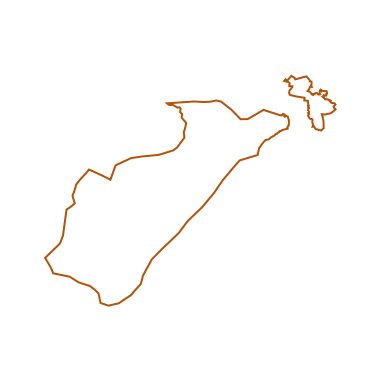 Ilorin East, Kwara, Nigeria (Mercator projection), rotated 171°
{"feature_id": "59680162B49050440888294", "entity_name": "Ilorin East", "entity_type": "district", "adm_level": 2, "iso_a3": "NGA", "parent_name": "Nigeria", "parent_adm1": "Kwara", "projection": "mercator", "projection_center": [4.629, 8.608], "detail": "fine", "context": "isolated", "style": "outline", "palette": "amber", "viewbox_px": 384, "rotation_deg": 171, "n_neighbors": 0, "source": "geoboundaries", "source_scale": "gbopen_adm2", "svg_char_len": 4231}
<svg xmlns="http://www.w3.org/2000/svg" viewBox="0 0 384 384"><g transform="rotate(171 192 192)"><path d="M202.8,283.5L201.2,281.7L198.4,281.0L197.6,281.4L195.0,279.1L193.1,277.6L191.0,277.6L190.2,276.0L191.2,272.7L189.5,270.3L190.6,267.1L186.9,261.0L188.4,257.1L190.7,252.4L191.1,246.7L199.9,238.2L204.2,236.0L219.1,233.9L235.7,234.9L247.0,235.0L263.3,230.3L270.7,216.9L278.1,222.3L290.2,230.3L292.6,228.2L293.3,227.5L293.5,227.1L294.1,226.7L294.7,226.4L296.8,224.8L298.2,223.6L300.1,222.2L303.7,218.9L304.9,217.8L305.2,217.5L305.5,217.1L305.7,216.7L305.8,216.0L308.7,210.2L310.6,207.1L309.6,199.1L313.4,196.7L318.7,194.2L326.2,169.3L330.4,161.8L347.4,149.9L344.9,143.6L344.3,142.1L342.7,137.6L341.9,133.4L326.1,127.5L318.0,120.4L307.5,115.1L302.8,110.1L300.2,106.4L299.7,96.7L292.2,92.8L285.4,93.3L281.8,93.5L274.1,97.1L267.9,100.0L263.6,103.9L256.9,109.2L253.6,116.9L248.8,123.2L245.8,127.1L242.6,131.4L231.2,140.0L211.6,153.5L202.1,162.7L200.7,164.1L189.7,171.7L184.0,175.7L170.2,187.8L164.4,194.0L159.7,198.9L148.7,208.5L141.5,214.5L140.1,215.7L121.4,218.3L118.7,225.1L113.2,230.4L111.1,231.9L107.8,232.0L105.6,233.5L103.7,234.3L101.7,234.9L100.9,235.7L99.8,236.2L98.7,236.3L98.3,237.0L97.5,237.2L96.7,237.6L96.3,238.2L95.4,238.4L94.6,238.3L94.0,238.6L93.0,239.1L91.2,239.3L89.7,239.4L87.6,239.6L87.7,241.1L86.8,241.7L86.5,242.6L86.0,242.7L85.5,244.8L85.1,247.6L85.4,250.0L85.6,251.5L86.6,252.0L87.6,252.7L88.5,251.9L89.0,252.3L88.6,254.1L89.8,254.9L91.4,253.6L93.1,254.1L108.5,261.9L125.5,255.3L132.6,256.3L140.2,267.1L149.2,276.8L153.8,278.6L158.8,278.3L165.7,278.9L176.0,281.1L202.8,283.5ZM48.5,272.7L49.1,273.0L49.3,272.8L49.7,272.3L49.9,271.9L50.1,271.5L50.4,270.4L50.5,269.8L50.6,269.5L50.6,269.2L50.3,268.5L50.6,268.5L50.9,268.4L51.3,268.5L51.9,268.5L52.1,268.8L52.2,269.0L52.5,269.2L52.9,269.7L53.4,270.4L53.8,270.4L54.3,270.3L55.0,270.1L55.4,269.7L55.6,269.4L55.8,269.5L56.1,269.9L56.4,269.9L56.9,269.9L57.3,269.9L57.4,269.0L58.1,269.4L58.5,269.8L59.1,271.1L59.4,271.5L59.8,272.1L60.4,272.8L62.0,273.7L60.8,274.7L60.3,275.3L59.7,276.0L59.4,276.6L59.2,277.4L57.2,277.1L57.7,278.9L56.9,280.3L56.8,281.0L56.8,282.4L57.7,282.6L58.4,282.8L58.2,283.7L58.5,284.4L60.2,287.2L61.0,288.3L64.1,288.0L72.3,287.1L72.6,287.7L72.8,288.6L73.1,288.7L73.6,289.4L74.7,290.3L75.7,291.2L78.3,289.0L79.3,288.1L80.5,287.1L81.2,287.9L81.9,288.7L82.9,287.8L83.2,287.6L83.6,287.2L83.0,286.9L81.3,286.4L81.3,286.2L79.6,285.5L78.6,284.4L78.6,283.7L78.8,283.2L79.2,282.3L79.4,281.3L76.3,280.8L76.5,280.0L78.4,278.2L79.8,276.9L80.4,275.5L80.5,273.1L80.2,272.6L78.7,272.0L76.5,271.1L74.9,270.3L69.9,268.7L67.5,267.9L66.1,267.4L66.8,264.9L66.1,264.7L63.3,263.9L63.6,262.9L63.3,262.4L63.5,260.3L63.3,259.9L63.2,259.5L63.5,259.4L63.8,259.7L64.0,259.5L63.8,259.0L63.5,258.3L64.0,257.9L64.1,257.4L63.4,257.2L63.3,256.5L63.9,256.0L64.3,255.5L64.5,255.0L64.5,254.5L64.1,254.3L64.1,253.5L64.0,252.8L64.1,252.3L64.3,252.1L64.9,252.0L64.8,251.1L64.2,250.9L64.1,250.5L64.9,250.1L65.5,249.3L65.0,248.3L64.7,247.3L64.2,246.2L63.1,245.4L62.3,245.4L62.0,245.2L61.7,244.5L62.3,242.0L62.1,240.8L62.1,240.0L61.8,238.9L62.5,238.3L62.8,237.6L61.2,237.6L61.0,237.2L60.4,235.5L59.5,234.5L58.2,234.2L57.3,233.3L55.9,233.1L54.9,232.5L52.0,234.4L51.7,236.7L51.3,239.2L51.1,240.6L51.0,241.9L51.1,243.2L51.2,244.5L51.3,246.2L51.6,248.5L50.6,248.2L49.6,248.0L48.8,247.8L47.5,247.7L46.7,248.0L45.9,248.0L45.1,247.9L43.2,248.0L40.4,249.2L37.3,251.2L37.9,252.1L38.3,252.4L38.4,252.7L38.5,253.5L38.8,254.2L36.6,255.7L37.0,256.6L37.1,257.0L37.6,257.4L38.2,257.6L39.0,257.8L39.9,258.1L40.3,258.2L40.6,258.4L41.0,259.2L41.8,260.2L41.7,260.4L41.0,260.7L41.2,260.9L42.2,261.4L42.9,261.9L43.7,262.3L43.9,262.4L44.2,262.3L45.2,262.6L45.7,262.7L46.1,262.8L46.2,263.3L46.6,263.8L46.9,264.3L47.2,264.5L47.7,265.1L47.9,265.4L48.1,265.7L48.2,265.8L47.8,266.0L47.2,266.4L46.9,266.8L46.7,266.9L46.4,266.2L45.9,266.3L45.3,266.3L44.8,266.3L44.5,266.3L44.5,266.6L44.5,266.9L44.5,267.2L44.5,267.4L43.7,267.3L43.5,267.6L43.3,268.1L43.3,268.3L43.3,268.6L43.1,268.6L43.1,268.8L43.3,268.8L43.2,269.1L43.2,269.4L43.2,269.7L43.2,270.1L43.3,270.5L43.6,270.6L45.0,270.9L46.3,271.2L46.9,271.2L47.4,271.6L48.0,271.9L48.4,271.5L48.5,272.0L48.5,272.7Z" fill="none" stroke="#b45309" stroke-width="2"/></g></svg>